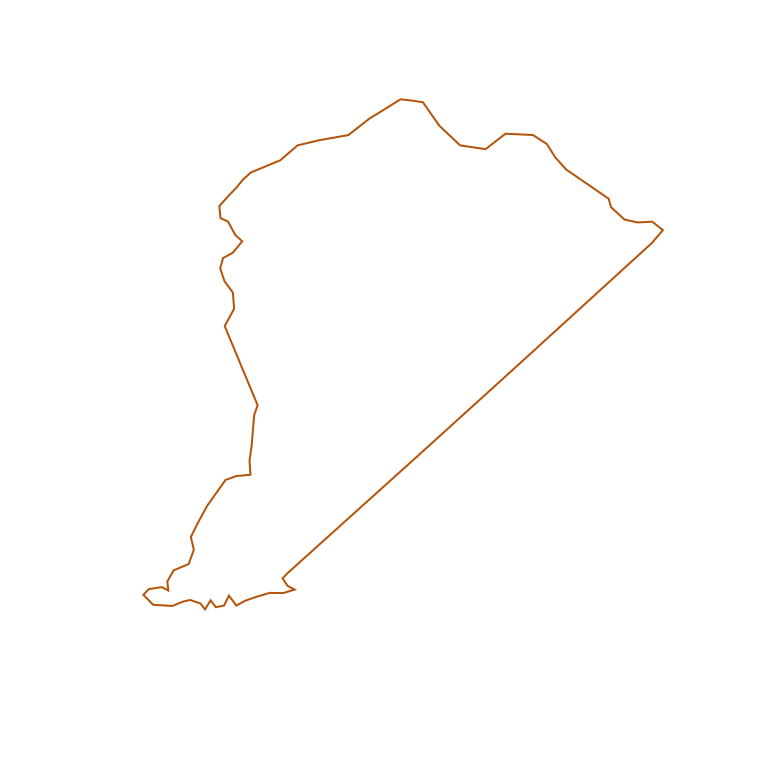 outline of Ipiranga de Goiás, Goiás, Brazil, rotated 199°
{"feature_id": "56859067B30942518683814", "entity_name": "Ipiranga de Goiás", "entity_type": "district", "adm_level": 2, "iso_a3": "BRA", "parent_name": "Brazil", "parent_adm1": "Goiás", "projection": "natural_earth1", "projection_center": [-49.647, -15.147], "detail": "fine", "context": "isolated", "style": "outline", "palette": "amber", "viewbox_px": 768, "rotation_deg": 199, "n_neighbors": 0, "source": "geoboundaries", "source_scale": "gbopen_adm2", "svg_char_len": 1126}
<svg xmlns="http://www.w3.org/2000/svg" viewBox="0 0 768 768"><g transform="rotate(199 384 384)"><path d="M597.6,498.6L592.6,487.6L584.4,486.8L573.0,476.4L564.5,472.8L569.7,458.9L577.2,450.7L576.5,439.9L568.3,429.3L556.7,421.3L550.2,406.4L553.5,386.9L496.6,322.8L496.6,312.2L489.1,282.7L486.2,267.7L480.7,254.7L493.7,248.9L502.6,241.7L511.6,211.1L515.0,190.6L516.8,176.5L509.8,165.3L510.1,150.2L522.2,139.3L524.6,126.8L520.7,118.5L527.9,119.6L539.6,113.5L542.9,106.3L530.4,100.1L511.9,105.2L503.0,113.0L496.9,116.7L486.0,116.7L479.9,112.6L477.5,123.0L470.3,118.2L463.1,122.5L461.7,133.4L451.5,126.4L444.7,133.9L435.1,141.4L424.1,149.3L411.0,153.6L401.6,160.5L409.5,161.8L416.7,167.2L413.1,174.7L327.4,329.3L260.7,450.6L176.5,604.8L170.4,620.3L183.2,624.8L196.8,619.3L210.2,617.8L226.9,625.1L231.9,632.3L281.6,646.1L295.9,654.1L308.3,664.0L324.3,667.9L350.6,660.2L357.1,650.3L364.4,639.1L389.6,634.4L415.6,646.1L439.0,663.1L450.1,661.0L461.0,658.6L484.4,629.9L498.7,607.8L524.3,593.6L543.4,581.5L554.9,561.8L578.7,540.7L583.7,531.9L587.6,521.4L592.2,511.5L597.6,498.6Z" fill="none" stroke="#b45309" stroke-width="2"/></g></svg>